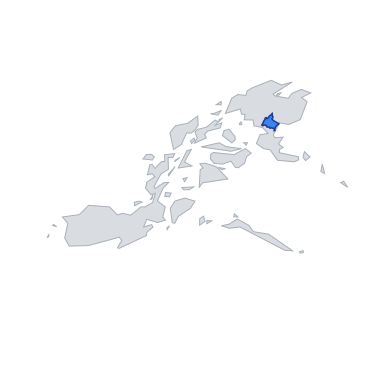 Philippines, with Lanao del Sur highlighted, rotated 255°
{"feature_id": "PHL-2574", "entity_name": "Lanao del Sur", "entity_type": "Province", "adm_level": 1, "iso_a3": "PHL", "parent_name": "Philippines", "parent_adm1": "", "projection": "natural_earth1", "projection_center": [124.383, 7.829], "detail": "fine", "context": "in_parent", "style": "filled", "palette": "blue", "viewbox_px": 384, "rotation_deg": 255, "n_neighbors": 0, "source": "natural_earth", "source_scale": "10m", "svg_char_len": 5005}
<svg xmlns="http://www.w3.org/2000/svg" viewBox="0 0 384 384"><g transform="rotate(255 192 192)"><path d="M180.5,57.1L193.9,63.9L201.4,60.4L199.3,77.3L205.9,88.7L198.9,108.6L189.2,113.9L189.4,119.5L185.5,126.8L190.9,139.2L189.7,142.5L192.1,151.3L200.2,156.3L200.0,151.7L207.7,148.1L213.2,150.9L216.3,160.1L219.8,158.3L220.2,153.5L229.2,158.3L229.0,160.7L224.3,162.3L229.2,170.3L228.6,173.6L235.1,175.2L233.6,185.1L230.3,182.5L231.5,177.8L220.0,175.1L217.4,166.6L207.1,156.8L204.8,157.2L208.4,167.6L207.2,171.9L203.1,165.0L192.3,156.2L184.5,162.3L175.4,157.3L171.7,159.0L171.4,150.9L177.3,141.2L170.8,136.2L170.9,144.6L168.2,145.2L164.8,138.1L161.8,136.8L156.4,107.1L157.4,105.6L163.3,111.5L167.1,110.2L167.1,77.8L171.5,59.4L180.5,57.1ZM259.2,244.5L272.3,254.7L274.3,261.5L271.3,269.1L275.4,271.4L277.1,277.4L279.4,297.5L272.3,305.9L272.3,317.3L265.6,295.7L263.2,297.2L257.6,309.3L261.4,314.0L262.8,324.3L257.0,332.3L254.9,322.4L249.3,326.5L233.9,315.3L232.2,302.9L236.2,294.4L226.4,285.5L223.2,285.7L221.4,294.1L216.0,288.0L211.4,291.6L210.5,287.5L207.3,286.6L198.6,303.8L195.4,303.4L194.7,298.5L200.5,282.8L212.6,278.3L215.2,272.5L222.2,266.8L229.7,272.5L228.8,280.6L236.0,276.8L239.8,269.0L245.7,269.7L248.2,261.1L253.2,263.3L254.4,259.9L259.7,260.2L259.2,244.5ZM220.1,254.8L214.2,259.3L211.9,253.8L206.3,250.3L203.4,243.1L204.7,240.2L211.7,237.6L211.0,228.7L214.0,220.7L219.0,218.4L223.6,219.9L224.6,222.9L217.2,242.3L220.1,254.8ZM254.9,186.0L260.3,193.1L259.5,205.7L263.9,217.2L254.8,215.2L251.2,211.0L249.1,206.5L250.5,202.1L240.5,193.9L237.8,185.1L254.9,186.0ZM194.7,200.2L211.4,205.7L212.4,208.9L217.2,206.9L216.5,212.2L210.1,222.0L195.3,230.0L198.1,204.7L194.7,200.2ZM131.4,255.1L109.2,273.9L111.6,266.6L145.8,229.3L147.3,218.8L151.8,211.6L151.3,219.3L154.2,228.8L145.2,238.1L137.7,241.2L131.4,255.1ZM167.4,165.0L181.9,166.8L187.7,173.2L188.0,183.6L182.4,192.5L176.7,186.3L171.9,172.4L166.3,167.3L167.4,165.0ZM242.9,211.0L249.3,210.4L251.1,213.8L250.8,222.8L255.5,232.9L253.2,235.4L250.4,231.6L251.1,238.7L246.6,235.8L246.7,222.9L244.5,219.1L240.5,219.9L238.5,207.0L242.9,211.0ZM221.0,251.0L221.3,240.1L233.2,212.5L232.5,230.9L227.0,236.7L221.0,251.0ZM243.2,243.9L234.7,247.9L231.3,247.3L229.1,243.2L238.6,236.0L242.9,238.8L243.2,243.9ZM218.7,184.8L233.2,197.8L233.3,202.4L222.9,192.5L217.2,198.7L218.7,184.8ZM238.9,162.6L235.7,164.7L233.2,162.0L236.6,153.2L240.0,157.6L238.9,162.6ZM201.9,311.1L195.3,315.1L193.0,309.8L197.1,308.2L201.9,311.1ZM158.0,190.8L164.2,192.5L165.7,196.9L160.2,197.0L158.0,190.8ZM194.8,164.6L198.4,166.2L196.4,171.6L193.2,169.0L194.8,164.6ZM178.5,321.8L185.3,325.1L175.6,324.9L178.5,321.8ZM263.1,241.2L259.6,236.9L262.7,230.1L262.3,234.2L263.1,241.2ZM198.9,183.3L196.5,194.9L194.9,190.1L196.3,184.5L198.9,183.3ZM162.6,338.0L163.1,341.4L156.3,343.5L162.6,338.0ZM197.0,133.6L196.8,138.8L195.2,141.0L193.5,132.9L197.0,133.6ZM208.9,223.7L205.9,230.4L205.9,226.6L208.9,223.7ZM160.6,198.9L159.0,203.7L157.5,198.1L160.6,198.9ZM243.5,207.9L241.2,208.0L239.0,204.2L241.7,203.7L243.5,207.9ZM207.2,186.7L207.2,191.1L203.9,187.5L207.2,186.7ZM271.9,243.6L268.6,242.8L270.1,238.1L271.9,243.6ZM215.2,173.6L221.0,182.3L213.6,173.7L215.2,173.6ZM160.0,227.3L156.1,229.8L157.2,225.9L160.0,227.3ZM226.2,254.6L225.4,258.3L223.2,256.5L226.2,254.6ZM227.2,184.2L228.5,189.4L225.6,182.9L227.2,184.2ZM106.6,284.1L104.6,283.9L105.0,280.6L106.6,280.2L106.6,284.1ZM247.1,257.5L244.5,257.7L244.3,255.7L245.8,255.4L247.1,257.5ZM264.9,303.5L263.1,301.2L263.6,298.8L264.9,300.0L264.9,303.5ZM164.0,158.6L165.1,161.5L162.1,158.2L164.0,158.6ZM254.8,236.9L255.8,240.8L253.0,236.1L254.8,236.9ZM196.5,49.9L193.5,52.3L195.7,48.7L196.5,49.9ZM199.5,153.8L195.6,151.5L195.6,150.0L199.5,153.8ZM185.8,40.5L188.3,43.2L185.5,41.4L185.8,40.5Z" fill="#d9dde1" stroke="#a8b0b8" stroke-width="1"/><path d="M235.5,293.6L235.4,293.5L235.2,293.4L235.0,293.0L234.2,290.9L233.6,290.0L232.8,289.4L232.7,289.4L231.7,288.5L230.8,288.0L230.7,288.1L230.4,288.0L230.0,287.9L229.9,287.9L230.1,287.1L231.6,287.9L232.3,287.9L232.5,287.3L232.6,286.5L233.3,285.5L233.5,284.9L233.4,283.8L233.5,283.7L234.2,283.6L234.4,283.6L234.6,283.3L234.8,283.1L235.2,281.9L235.2,281.5L235.4,281.3L235.8,281.0L236.1,281.0L236.9,280.9L237.1,280.9L237.1,280.6L237.3,280.4L237.7,279.9L237.9,279.3L237.7,277.7L237.9,277.1L238.1,276.9L238.4,276.9L239.0,276.9L239.1,277.0L239.2,277.5L239.3,277.7L239.7,278.1L241.1,278.9L241.8,279.6L243.1,281.0L243.9,281.5L244.4,281.9L244.6,282.2L244.7,282.5L244.6,283.0L244.3,283.1L244.0,283.0L243.8,283.0L243.6,283.1L243.4,283.3L243.4,283.5L243.8,284.1L243.8,284.3L243.8,284.5L243.9,284.9L244.1,285.0L244.3,285.1L244.5,285.2L245.3,286.4L245.9,287.5L246.0,288.1L246.0,288.3L246.2,288.6L246.3,288.8L246.4,289.0L246.8,289.4L247.0,289.5L247.2,289.8L246.8,289.8L245.7,289.5L245.2,289.4L244.2,289.6L243.7,289.6L243.4,289.6L243.2,289.6L243.0,289.4L242.8,289.2L242.6,289.0L242.4,288.6L242.3,288.4L242.0,288.2L241.7,288.2L240.9,288.6L239.4,289.6L235.5,293.6L235.5,293.6Z" fill="#3b82f6" stroke="#1e3a8a" stroke-width="1.5"/></g></svg>